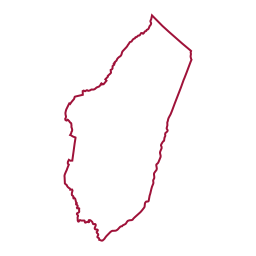 outline of Cai Nuoc, Cà Mau, Vietnam
{"feature_id": "81297802B26446696948049", "entity_name": "Cai Nuoc", "entity_type": "district", "adm_level": 2, "iso_a3": "VNM", "parent_name": "Vietnam", "parent_adm1": "Cà Mau", "projection": "robinson", "projection_center": [105.034, 9.008], "detail": "fine", "context": "isolated", "style": "outline", "palette": "rose", "viewbox_px": 256, "rotation_deg": 0, "n_neighbors": 0, "source": "geoboundaries", "source_scale": "gbopen_adm2", "svg_char_len": 5659}
<svg xmlns="http://www.w3.org/2000/svg" viewBox="0 0 256 256"><path d="M152.0,15.4L151.4,18.3L151.2,19.2L151.0,19.7L150.6,20.4L150.4,21.2L150.5,21.8L150.8,22.3L151.0,22.7L151.1,23.2L151.1,23.8L150.7,24.7L150.3,25.4L149.6,26.1L149.1,27.4L148.7,28.4L148.3,29.0L148.0,29.3L147.3,29.6L146.7,29.9L146.2,30.9L146.0,31.0L145.8,31.1L145.1,31.3L144.8,31.6L144.5,31.9L144.0,32.8L143.5,33.4L143.3,33.6L143.0,33.7L142.6,33.3L142.3,33.1L141.9,33.0L141.3,33.1L141.0,33.2L140.1,34.8L139.9,35.0L139.5,35.4L139.2,35.5L138.4,35.5L138.1,35.7L137.0,36.7L136.6,37.1L135.6,37.2L135.3,37.5L134.9,38.3L134.7,38.4L133.8,38.8L133.4,39.0L132.5,40.0L131.6,41.4L131.1,41.7L130.1,42.0L129.7,42.3L128.9,43.7L128.1,44.7L127.2,46.2L126.6,47.0L122.4,51.5L122.2,52.1L121.9,52.9L121.6,54.1L121.2,55.1L120.9,55.6L120.2,56.3L119.1,57.0L117.8,58.2L117.3,58.8L116.5,60.6L116.0,61.1L115.1,61.8L114.5,62.5L114.8,62.9L113.7,63.9L114.2,64.7L112.6,66.1L112.5,68.5L112.2,69.0L111.6,69.5L110.7,69.9L110.7,70.2L110.7,70.5L110.7,71.0L111.0,72.1L111.0,72.5L110.9,72.9L110.4,73.5L107.8,75.9L107.9,76.7L105.3,79.3L106.5,80.7L103.6,84.2L103.1,84.3L102.9,84.0L102.7,83.9L102.4,84.0L102.0,84.3L101.9,84.1L101.4,83.4L101.1,83.6L100.4,85.0L99.8,85.8L99.1,86.5L96.6,87.5L94.9,89.0L94.3,89.3L93.5,89.5L93.1,89.6L92.2,89.5L91.4,89.5L91.1,89.7L90.4,90.2L89.3,90.6L88.7,90.8L87.9,90.7L87.2,90.3L87.0,90.2L86.4,90.4L85.4,91.1L85.1,91.2L84.6,91.1L83.8,90.6L83.6,90.6L82.7,91.1L82.8,94.8L76.0,96.4L74.9,96.7L74.6,97.1L74.1,98.9L71.5,102.0L70.1,104.0L69.3,103.4L68.8,104.3L66.3,109.4L65.9,110.7L65.4,113.0L65.5,114.0L65.6,114.9L65.9,116.0L66.0,116.6L65.9,117.2L65.6,118.3L65.2,118.8L65.3,119.4L65.4,119.9L65.5,120.0L66.3,120.5L66.6,120.5L66.9,120.3L67.6,119.7L67.8,119.8L68.0,119.9L68.2,120.1L68.5,120.6L69.0,120.9L69.3,121.3L70.1,122.5L70.3,122.6L70.5,122.7L70.7,122.9L71.1,123.2L71.3,123.7L71.3,124.0L71.5,125.8L71.4,127.0L71.5,127.4L71.8,128.0L72.0,128.9L72.2,129.7L72.1,130.7L72.0,131.1L71.4,132.1L71.3,132.8L71.1,133.4L70.2,135.0L70.6,135.1L71.6,135.7L72.7,136.4L74.1,137.0L75.3,137.4L75.5,137.5L75.5,138.0L74.6,143.7L73.6,151.2L72.3,160.6L70.4,160.7L70.0,160.5L68.9,159.8L68.3,161.0L67.9,161.9L67.8,162.8L67.8,163.3L67.9,163.8L68.8,164.6L67.7,167.3L66.6,170.3L66.0,171.5L64.8,174.4L64.5,175.7L64.5,176.5L64.6,177.1L64.6,177.5L64.9,183.5L66.9,185.3L66.9,185.6L67.0,185.8L67.5,186.6L67.9,187.1L69.1,188.1L69.8,188.5L70.1,189.0L70.3,189.3L70.3,189.7L72.0,189.5L72.3,190.0L72.5,190.6L71.9,192.9L71.8,194.1L71.9,194.7L72.0,195.2L72.9,195.9L73.2,196.2L73.4,196.6L73.5,196.9L73.3,197.5L73.3,197.9L73.5,198.3L74.1,198.0L74.4,198.0L74.5,198.1L75.0,198.6L75.3,199.1L75.8,201.2L75.9,201.7L76.0,202.1L76.2,202.3L76.7,202.9L76.8,203.1L76.6,203.5L76.1,203.7L76.1,204.1L76.1,204.4L76.3,204.6L77.0,204.9L77.3,205.2L77.6,205.7L77.7,206.0L77.6,206.4L77.5,206.8L77.0,207.5L76.9,207.7L77.0,208.0L77.2,208.3L77.5,208.3L78.3,208.2L78.8,208.2L79.2,208.5L79.1,210.0L79.2,211.3L79.2,211.7L79.0,212.1L78.6,212.5L77.3,213.2L77.0,213.4L76.9,213.8L76.9,214.1L77.1,214.5L77.8,215.2L78.0,215.5L78.0,216.2L77.6,217.2L77.6,217.7L77.7,219.5L77.7,220.3L77.8,220.8L78.1,221.4L78.2,221.5L78.6,221.6L78.9,221.4L79.5,220.4L79.7,220.2L80.0,220.1L80.3,220.2L80.7,220.4L81.8,220.6L84.1,220.5L84.4,220.6L84.6,220.8L84.9,222.2L85.1,222.5L85.3,222.6L85.6,222.6L87.1,221.9L87.5,221.8L88.1,222.1L88.4,222.1L88.7,222.2L89.0,222.1L89.1,221.9L88.8,220.8L88.8,220.5L88.8,220.3L89.0,220.1L89.9,220.1L90.7,220.5L92.2,221.9L92.5,222.5L92.9,223.7L93.1,224.0L93.3,224.1L93.6,224.1L94.0,224.1L94.9,224.0L95.4,224.2L95.7,224.7L95.7,225.0L95.7,225.6L94.7,228.0L94.7,228.4L94.8,228.8L95.0,229.1L95.6,229.4L96.4,229.5L97.3,229.6L97.7,229.9L97.8,230.2L97.8,230.4L97.7,230.7L96.8,231.8L96.7,232.0L96.7,232.3L96.9,232.8L98.1,234.1L98.2,234.4L98.2,234.7L98.2,235.1L97.5,236.4L97.4,236.7L97.4,237.0L97.5,237.3L97.7,237.5L98.7,238.0L99.0,238.3L99.1,238.5L99.2,238.9L99.2,239.8L100.0,240.0L101.4,240.6L102.1,240.6L102.6,240.5L104.4,238.9L105.3,237.5L106.5,236.0L110.4,232.0L111.2,231.4L111.9,231.0L112.5,230.8L113.7,230.8L115.4,230.7L116.4,230.4L117.7,229.5L119.9,227.1L120.5,226.6L121.4,226.3L122.1,226.2L122.4,225.7L122.9,225.3L125.3,224.1L125.9,223.6L126.6,222.4L127.3,221.4L127.8,220.9L128.5,220.6L129.4,220.3L131.7,220.1L132.4,219.8L132.7,219.6L133.3,218.7L134.6,217.4L140.4,212.2L141.9,210.5L144.3,207.4L144.6,206.6L144.9,203.7L145.2,202.7L145.7,202.1L146.2,201.6L146.5,201.5L147.4,201.5L147.9,201.5L148.3,201.3L148.6,201.0L148.8,200.2L149.6,195.7L150.0,194.5L150.3,193.5L151.3,189.2L152.0,186.7L153.2,183.8L153.3,183.5L153.4,182.8L153.3,181.8L153.2,181.1L153.2,180.3L153.5,179.6L154.1,178.5L154.2,178.2L154.3,177.3L154.2,176.1L154.0,174.6L154.0,173.8L154.2,173.1L155.2,171.6L156.1,170.5L156.5,169.9L156.7,169.2L156.8,168.5L156.7,167.7L156.3,165.5L156.3,165.0L156.4,164.5L157.0,163.9L157.8,163.2L158.1,162.8L158.4,162.3L159.2,160.4L160.6,156.9L160.6,156.3L160.6,155.5L160.1,153.5L160.0,152.7L160.2,151.6L161.6,148.3L161.6,147.9L161.6,147.4L161.6,146.9L161.0,145.6L161.1,144.8L161.3,144.3L162.3,142.6L163.0,141.6L163.2,141.3L163.9,140.9L164.1,140.5L164.4,138.3L164.6,137.3L165.0,136.7L165.2,136.1L165.3,135.6L165.1,134.3L165.2,133.9L165.3,133.5L165.4,133.1L166.9,131.8L167.4,131.2L167.6,130.7L167.6,130.2L167.3,129.6L166.7,128.7L166.7,128.4L166.7,128.0L167.4,125.2L167.3,123.2L167.3,122.4L167.8,121.0L168.1,119.5L168.5,118.2L169.8,115.7L170.5,114.5L171.9,111.1L172.8,108.7L174.8,103.3L181.0,87.3L183.6,80.0L184.5,77.9L186.6,72.5L190.6,61.8L191.5,59.7L191.3,59.4L191.0,58.4L190.7,57.2L190.6,56.4L190.7,55.5L190.9,54.5L190.9,54.0L190.9,53.5L190.7,52.7L190.7,52.1L191.1,51.0L190.9,50.8L182.2,43.5L169.0,31.9L162.5,26.0L152.0,15.4Z" fill="none" stroke="#9f1239" stroke-width="2"/></svg>